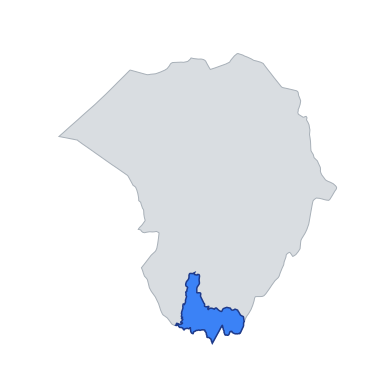 Ethiopia, with Tigray highlighted, rotated 191°
{"feature_id": "ETH-3110", "entity_name": "Tigray", "entity_type": "Administrative State", "adm_level": 1, "iso_a3": "ETH", "parent_name": "Ethiopia", "parent_adm1": "", "projection": "equal_earth", "projection_center": [38.617, 13.565], "detail": "fine", "context": "in_parent", "style": "filled", "palette": "blue", "viewbox_px": 384, "rotation_deg": 191, "n_neighbors": 0, "source": "natural_earth", "source_scale": "10m", "svg_char_len": 7921}
<svg xmlns="http://www.w3.org/2000/svg" viewBox="0 0 384 384"><g transform="rotate(191 192 192)"><path d="M93.4,284.8L93.1,284.3L91.5,282.5L89.9,280.2L89.0,277.6L88.1,275.5L87.6,270.7L86.5,267.8L85.3,264.2L83.7,257.4L83.0,255.1L81.6,253.5L80.2,252.0L78.7,249.0L74.8,246.4L73.4,244.3L70.8,240.7L70.2,238.9L70.0,237.1L69.2,235.4L67.8,233.5L63.3,229.4L62.1,228.9L60.5,228.4L58.2,228.0L55.0,227.1L52.3,225.5L51.1,224.4L50.8,223.6L51.0,222.2L52.0,220.0L53.9,214.6L55.3,211.0L56.2,209.9L58.6,209.7L61.1,209.8L63.0,210.0L65.7,210.1L68.8,209.8L70.1,208.5L71.1,207.2L71.5,206.2L71.6,203.9L71.6,201.9L71.5,194.6L71.4,190.1L71.3,185.0L71.3,183.9L71.3,182.6L72.1,177.2L72.9,174.0L73.4,172.4L75.4,167.1L75.8,165.5L75.8,163.9L75.1,156.9L76.4,153.6L78.1,150.4L79.5,149.0L80.7,148.0L81.3,148.4L82.7,149.9L84.5,151.4L85.3,151.1L86.6,149.8L87.5,148.4L87.4,146.0L88.2,140.9L88.1,138.0L89.0,134.4L90.0,129.3L90.4,126.1L91.0,124.4L93.6,120.8L95.9,115.8L97.4,112.2L100.1,106.2L101.5,104.0L102.7,103.1L104.4,102.5L107.5,101.9L109.7,101.4L110.1,100.7L110.3,99.5L110.3,96.8L110.8,92.2L111.7,87.7L112.9,84.3L113.5,82.8L114.3,81.3L115.1,78.8L116.2,73.4L116.1,69.7L117.7,63.0L118.0,62.9L120.5,61.7L123.0,61.5L125.4,62.4L127.0,62.6L127.7,62.1L128.4,61.0L129.0,59.2L130.0,58.2L131.3,58.0L133.1,60.0L136.0,65.5L136.7,65.8L137.2,65.7L138.6,61.3L139.8,57.9L141.9,51.6L143.1,48.0L144.2,49.1L145.3,50.9L146.5,51.8L147.9,52.3L148.5,52.4L149.3,53.1L152.2,57.6L153.3,58.6L154.6,58.7L160.4,57.3L163.8,54.7L164.3,53.6L165.2,53.6L166.4,54.8L166.8,55.9L167.6,57.4L168.9,57.6L172.2,56.6L173.8,55.9L175.1,56.4L176.9,56.9L178.0,56.9L180.6,58.3L183.7,57.9L185.1,58.0L186.7,58.6L189.1,60.9L192.3,63.7L196.9,65.8L197.8,66.6L200.1,69.8L203.5,76.0L208.0,82.0L213.0,86.7L215.6,89.9L217.4,93.9L219.1,97.5L220.9,99.1L222.6,100.3L224.3,103.1L225.5,105.4L227.2,108.0L225.3,111.6L222.9,116.4L220.1,122.0L219.2,123.3L216.7,126.7L216.3,127.7L215.8,130.1L215.8,134.6L216.1,140.3L216.5,145.5L217.8,146.1L219.4,146.5L221.2,145.8L223.4,145.2L226.0,144.9L229.0,143.8L230.7,143.0L232.5,143.0L234.2,143.9L234.9,144.8L236.1,145.1L237.6,145.0L237.3,146.0L236.5,147.5L235.5,148.9L234.6,150.4L232.7,154.6L232.6,155.1L232.9,155.9L233.9,157.9L235.0,160.9L235.7,163.8L236.1,165.2L237.5,166.7L239.4,170.0L240.5,172.2L242.6,173.3L243.3,176.1L244.9,180.2L246.6,183.5L248.3,186.0L250.2,187.0L250.9,187.1L254.8,191.8L257.8,195.4L258.5,196.0L263.9,198.4L270.0,201.1L275.0,203.2L281.3,206.0L287.5,208.8L293.3,211.4L301.5,215.1L308.1,218.0L313.3,220.4L314.4,221.1L333.2,221.1L328.6,227.1L323.4,234.0L317.9,241.1L314.4,245.8L308.8,253.1L304.1,259.2L299.3,265.9L295.0,271.9L289.3,280.3L285.7,285.7L279.9,294.2L276.3,299.6L275.8,299.9L270.6,299.5L265.5,299.1L259.0,298.6L258.3,298.6L256.4,299.1L255.3,299.6L250.6,301.0L249.8,301.4L245.9,303.7L242.0,306.4L239.9,308.4L238.3,311.5L237.6,313.6L236.9,314.5L235.7,315.4L227.4,317.4L225.0,317.7L221.2,319.3L219.1,322.0L218.5,323.4L215.8,323.3L210.9,323.7L208.9,324.2L207.8,324.3L206.0,324.2L204.5,323.7L203.5,323.0L202.2,321.3L199.4,318.0L197.4,315.8L192.9,318.3L188.9,320.7L183.2,324.1L179.9,326.6L178.9,329.1L176.4,333.6L174.2,336.3L173.3,336.7L168.2,336.1L166.4,335.5L163.4,335.0L159.3,334.0L156.5,333.0L153.6,332.9L149.3,332.5L146.7,331.8L144.0,329.3L140.6,326.3L137.0,323.2L133.4,320.0L129.0,316.3L124.3,312.3L123.3,311.9L122.8,311.8L117.7,311.7L112.4,311.5L108.8,311.3L107.6,310.9L106.8,310.0L105.7,307.0L104.3,304.9L102.7,302.2L102.6,298.6L103.1,294.6L103.5,293.3L103.2,292.0L103.3,290.2L102.4,288.6L97.2,286.6L96.4,286.8L95.5,287.5L94.5,288.0L93.8,287.5L93.3,286.8L93.3,285.7L93.4,284.8Z" fill="#d9dde1" stroke="#a8b0b8" stroke-width="1"/><path d="M116.0,75.0L116.4,73.9L116.3,72.7L116.0,71.4L115.9,70.8L115.9,70.2L116.0,69.6L117.7,62.8L118.1,62.8L118.2,62.3L118.4,62.0L118.7,62.0L119.1,61.9L119.4,61.9L120.0,61.5L120.4,61.4L121.2,61.4L121.4,61.4L121.7,61.1L121.8,61.1L123.1,61.1L123.7,61.2L124.9,61.6L125.5,61.7L125.7,61.8L126.0,62.5L126.3,62.7L126.4,62.8L126.6,62.8L126.7,62.7L127.0,62.5L127.2,62.4L127.5,62.5L127.9,62.2L128.1,61.9L128.2,61.5L128.3,61.0L128.3,60.4L128.4,59.9L128.5,59.4L128.8,58.8L129.3,58.3L130.0,58.1L131.4,58.2L131.8,58.0L132.0,57.9L132.5,58.4L132.8,58.7L133.5,60.0L133.8,60.4L133.9,60.6L133.9,61.0L133.9,61.6L134.0,61.8L134.2,62.0L135.0,62.9L135.1,63.0L135.2,63.5L135.3,64.1L135.4,64.4L135.6,64.5L135.8,64.6L136.0,64.7L136.2,64.9L136.2,65.1L136.2,65.7L136.3,66.2L136.5,66.5L136.9,66.8L137.1,66.5L137.8,64.4L138.8,61.0L140.0,57.3L141.2,53.5L142.4,49.7L143.2,47.3L143.5,47.7L143.7,48.1L144.1,49.1L144.4,49.2L144.4,49.3L144.4,49.6L144.5,49.9L144.5,50.0L144.8,50.2L145.0,50.4L145.1,50.6L145.1,50.8L145.2,51.1L145.3,51.2L147.4,52.3L147.7,52.4L148.8,52.2L149.2,52.2L149.5,52.3L149.7,52.6L149.8,53.0L149.9,53.8L150.0,54.1L150.2,54.3L150.4,54.5L150.6,54.6L150.7,55.0L150.9,55.9L151.1,56.4L151.3,56.7L151.6,57.0L152.6,57.7L152.7,57.9L152.8,58.5L153.2,58.9L153.3,58.9L153.5,58.9L154.4,58.9L155.8,58.7L156.5,58.4L157.7,57.7L158.0,57.7L158.4,57.8L158.7,57.9L159.1,57.8L159.4,57.7L160.5,57.1L161.4,57.0L161.7,56.7L162.3,56.0L163.1,55.5L163.5,55.2L163.7,54.7L163.8,54.3L163.8,53.8L163.8,53.4L164.0,53.1L164.7,53.2L165.3,53.4L165.5,53.5L165.9,53.8L166.2,54.3L166.6,54.8L166.8,55.3L167.4,57.4L167.7,58.4L168.2,58.3L168.6,57.5L168.9,57.2L169.3,57.1L170.3,57.3L170.7,57.3L172.2,56.7L173.0,56.2L173.3,55.6L173.5,55.1L173.8,55.2L174.2,55.4L174.4,55.7L174.8,56.3L174.9,56.5L175.0,56.6L176.0,56.9L176.5,57.0L177.3,56.8L177.6,56.8L178.2,56.7L178.7,57.0L179.2,57.4L180.2,58.5L180.5,58.7L180.9,58.8L181.2,58.6L181.8,58.0L182.1,57.9L182.5,58.0L182.4,58.1L182.2,58.2L182.2,58.4L182.3,58.8L182.2,59.4L182.2,59.5L182.1,59.8L182.0,60.1L181.9,60.1L181.3,60.2L179.9,60.0L179.2,59.7L178.9,59.7L177.6,60.0L177.0,60.5L176.5,61.0L176.3,61.3L176.3,61.5L176.8,61.8L177.9,61.6L178.2,62.0L178.2,62.3L177.3,63.5L176.8,64.8L176.8,65.3L177.2,65.4L177.5,65.4L177.8,65.5L178.1,65.8L177.5,66.6L177.4,66.9L177.5,67.3L177.8,67.3L178.1,67.2L178.3,67.1L178.5,67.4L178.7,67.8L178.7,68.4L178.7,68.8L178.7,69.7L178.7,70.1L178.8,70.4L179.1,70.6L179.1,70.8L179.2,71.0L179.2,72.6L178.9,75.0L178.8,76.1L178.9,77.0L179.2,77.9L179.3,79.1L179.3,80.2L178.7,80.6L178.0,80.2L177.9,80.5L177.4,82.4L177.4,83.1L177.7,84.1L177.8,84.7L177.7,85.3L177.4,87.9L177.4,88.2L177.5,88.6L177.9,89.1L178.0,89.2L178.2,89.3L178.3,89.7L178.6,91.6L178.7,91.9L179.0,92.2L179.0,92.3L178.9,92.8L178.7,93.2L178.4,93.5L178.2,93.6L178.3,94.8L178.3,95.3L178.2,96.0L178.2,96.5L178.1,96.8L178.0,97.2L178.0,97.3L178.6,98.0L178.9,98.1L179.3,98.2L179.7,98.4L180.0,98.7L180.5,99.7L180.6,100.6L180.5,101.8L180.3,102.9L180.0,103.6L179.4,104.5L179.0,105.5L178.7,106.5L178.7,107.8L178.7,108.2L179.0,109.0L179.0,109.5L179.0,110.1L179.0,110.7L178.8,111.2L178.5,111.6L177.9,111.8L177.2,111.9L175.9,112.0L175.7,112.1L174.0,113.4L174.1,113.0L174.1,112.4L174.1,111.9L173.9,111.5L171.5,111.4L171.0,111.6L170.9,112.1L169.5,112.3L169.3,112.2L169.0,111.9L168.7,111.3L168.5,110.6L168.5,110.0L168.3,107.2L167.5,104.7L167.3,103.8L167.4,103.0L168.8,99.6L168.9,98.2L168.7,97.1L168.5,96.2L168.3,95.4L168.2,94.6L168.1,94.2L167.7,94.0L165.7,94.5L164.7,94.5L164.4,94.4L164.2,94.2L164.0,93.8L163.9,93.2L163.9,92.6L163.9,92.2L163.8,91.4L163.3,90.6L159.1,85.1L158.7,84.8L158.4,84.6L158.2,84.2L158.1,83.1L157.8,82.4L157.8,82.2L156.5,82.0L156.1,82.0L155.8,82.1L155.4,82.3L153.8,82.9L153.7,82.8L154.3,81.0L154.2,80.5L154.0,80.1L153.9,79.8L153.6,79.7L153.3,79.9L153.1,80.3L153.0,80.7L152.7,81.1L152.3,81.3L150.4,81.7L149.4,81.6L148.4,81.4L147.7,81.3L147.4,81.8L147.3,82.1L146.9,82.4L146.5,82.6L146.3,82.8L145.6,82.6L143.2,81.0L141.1,80.3L140.4,80.3L139.9,80.8L139.5,82.5L139.3,83.0L139.0,83.4L138.7,83.7L136.1,85.3L135.6,85.4L132.3,85.3L132.1,85.2L131.9,85.0L131.6,84.6L131.1,84.1L130.6,83.8L130.1,83.7L129.5,83.8L129.1,83.9L127.9,84.7L127.7,84.9L127.5,85.2L127.1,85.2L124.9,84.8L124.5,84.6L124.1,83.9L123.1,83.0L121.0,80.5L120.6,80.3L118.2,79.5L117.9,79.5L117.6,79.1L116.3,75.3L116.0,75.0Z" fill="#3b82f6" stroke="#1e3a8a" stroke-width="1.5"/></g></svg>